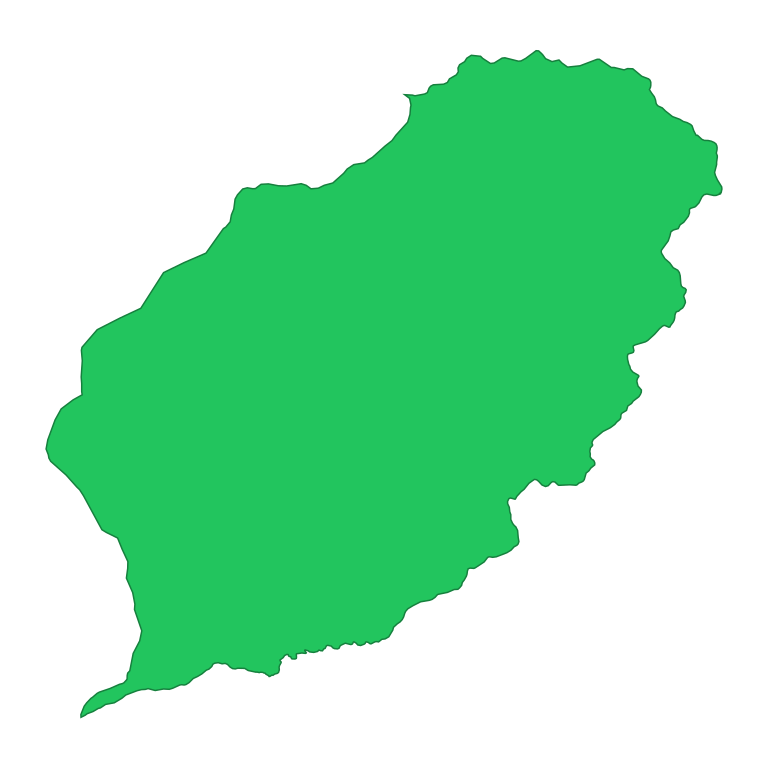 Batrana, Hunedoara, Romania
{"feature_id": "2599482B72212253659890", "entity_name": "Batrana", "entity_type": "district", "adm_level": 2, "iso_a3": "ROU", "parent_name": "Romania", "parent_adm1": "Hunedoara", "projection": "mercator", "projection_center": [22.608, 45.81], "detail": "fine", "context": "isolated", "style": "filled", "palette": "green", "viewbox_px": 768, "rotation_deg": 0, "n_neighbors": 0, "source": "geoboundaries", "source_scale": "gbopen_adm2", "svg_char_len": 6044}
<svg xmlns="http://www.w3.org/2000/svg" viewBox="0 0 768 768"><path d="M648.6,78.9L641.8,76.3L632.8,68.8L627.5,68.6L624.1,69.9L614.2,67.5L611.3,67.5L599.4,59.3L597.1,59.3L580.0,65.8L567.6,67.1L562.0,63.1L559.0,60.0L552.0,61.6L545.6,58.7L542.5,54.5L538.7,50.9L536.1,50.7L525.7,58.4L521.1,60.9L518.5,61.2L504.9,57.8L502.1,58.1L494.2,63.0L490.5,63.5L482.7,58.4L480.6,56.3L471.3,55.3L466.8,58.2L464.6,61.7L459.6,64.7L458.0,68.0L458.3,71.9L456.3,74.9L449.5,78.8L447.4,82.5L443.6,84.2L433.3,84.8L430.6,86.2L429.1,88.1L427.4,92.6L424.7,94.0L415.0,95.8L412.4,95.1L404.7,94.7L409.6,98.4L411.0,105.1L410.5,107.7L410.0,114.4L407.7,122.2L396.0,135.1L392.0,140.6L384.9,146.2L372.3,157.5L368.2,160.0L364.5,162.9L353.8,164.6L347.3,168.9L343.7,173.3L332.8,183.0L324.2,185.3L318.3,188.2L311.0,188.8L306.2,185.3L301.2,183.7L286.7,186.0L278.5,185.8L268.5,183.9L261.1,184.3L255.4,188.6L252.6,188.7L247.3,187.8L242.7,189.0L237.5,194.8L235.1,199.1L233.8,209.0L231.4,214.9L230.2,221.8L225.8,227.1L223.4,228.6L206.0,253.1L184.1,262.6L163.6,272.6L140.8,308.3L120.3,317.9L97.2,329.7L82.0,347.3L81.4,350.3L82.3,360.8L81.2,377.0L81.7,383.7L81.7,391.6L82.2,394.8L73.2,399.8L61.2,408.9L55.1,419.9L47.8,439.8L46.1,449.0L48.3,454.7L48.9,458.1L50.7,461.3L66.1,475.0L76.8,487.0L79.7,489.8L83.6,495.9L101.9,529.7L106.3,532.4L117.6,538.0L122.2,549.3L127.9,561.6L127.7,568.4L126.4,578.1L132.7,592.6L134.9,604.2L134.5,609.5L141.8,630.8L139.7,640.9L133.2,653.4L129.8,670.8L127.7,673.1L127.2,675.4L127.1,679.0L126.3,680.2L123.8,682.9L122.3,683.6L119.5,684.3L110.0,688.5L99.4,692.1L97.2,693.3L92.4,697.4L91.0,698.3L86.8,702.7L84.2,706.2L80.9,714.5L81.0,717.3L85.2,715.2L87.2,713.7L93.1,711.5L98.3,708.4L100.4,707.9L105.6,704.4L114.3,702.8L122.1,698.1L125.8,695.0L137.1,690.7L141.5,689.6L145.3,689.4L148.1,688.6L155.2,690.5L163.5,689.0L169.3,689.3L172.8,688.2L179.8,685.0L181.6,684.7L184.1,685.0L185.9,684.6L189.1,682.6L193.2,678.5L197.7,676.4L202.0,673.8L206.4,670.1L209.0,669.1L211.8,666.5L212.9,664.2L214.7,663.2L218.2,662.7L222.1,663.8L225.2,663.4L227.5,664.4L230.1,667.1L232.6,668.6L235.3,668.9L237.8,668.2L244.7,668.4L248.2,670.5L255.6,672.1L257.3,672.1L259.2,672.6L260.6,672.2L262.9,672.4L263.9,673.0L265.2,673.2L265.8,674.1L268.6,675.7L269.1,676.5L269.9,676.4L271.9,675.1L273.0,675.3L274.6,674.1L277.2,673.4L278.5,672.5L279.3,669.9L279.1,667.1L279.6,665.4L281.1,662.7L281.1,661.9L280.1,660.8L280.0,660.0L283.2,657.6L284.6,655.5L286.9,654.4L288.2,654.6L288.5,655.8L289.1,656.4L290.7,656.8L291.5,658.5L292.0,658.9L295.1,659.0L296.3,658.4L296.5,657.2L296.3,654.4L296.5,653.8L301.9,653.0L305.4,653.4L306.0,653.2L306.3,652.8L304.7,650.6L304.8,650.1L305.2,649.9L308.2,650.8L309.6,651.9L313.7,652.4L317.5,651.5L319.0,650.1L320.7,650.7L322.5,650.8L323.7,649.0L325.1,648.4L326.4,645.8L327.7,645.3L331.3,646.1L332.8,647.8L334.4,648.6L337.5,648.9L339.0,648.3L340.1,645.9L341.2,645.1L345.3,643.2L350.5,644.5L351.6,644.4L352.5,643.9L353.4,642.0L354.1,641.9L356.1,643.1L357.8,645.0L360.6,645.5L364.1,644.2L365.1,643.5L365.6,642.3L366.2,641.9L368.0,642.3L370.2,643.8L371.2,643.8L375.0,641.8L376.6,641.6L378.6,641.9L381.9,639.3L385.1,638.9L388.8,636.8L392.8,630.1L393.5,627.3L397.3,623.8L400.1,621.9L402.2,619.6L403.6,617.0L404.7,613.4L405.6,611.4L407.8,608.8L412.9,605.7L420.6,601.8L429.5,600.3L432.1,599.4L435.0,597.4L437.4,594.7L438.2,594.3L447.5,592.4L454.2,589.5L457.9,589.3L459.6,587.8L461.6,585.4L462.3,582.5L464.3,579.9L466.4,576.1L467.0,574.2L467.4,571.1L468.2,568.7L470.2,568.1L473.8,568.4L475.1,567.9L484.2,561.9L487.5,557.6L488.6,556.9L489.7,556.8L492.6,557.3L496.3,556.8L506.9,552.7L511.1,550.1L514.1,546.8L516.9,545.3L518.1,544.0L518.9,541.6L518.2,537.5L517.6,530.5L515.7,526.7L514.4,525.7L512.6,523.4L510.8,519.5L510.8,514.6L509.8,511.9L509.3,507.3L507.7,503.9L507.6,502.6L507.6,501.3L508.9,498.6L510.4,498.0L515.0,499.2L515.4,499.0L516.8,496.4L521.0,491.8L524.1,489.3L528.9,483.3L534.3,479.4L536.5,479.7L538.5,481.2L542.0,485.0L545.5,486.5L548.2,485.7L551.2,482.5L552.7,481.6L554.9,482.0L558.1,485.0L558.9,485.3L569.9,484.8L576.0,485.2L577.2,484.7L578.7,483.2L581.9,481.9L583.4,480.9L584.3,479.5L586.1,473.1L588.9,470.8L590.7,468.2L594.7,464.9L594.8,463.0L594.1,461.1L593.3,460.1L591.5,459.0L590.1,456.7L590.3,454.0L589.8,451.4L590.4,447.9L592.5,445.6L592.6,444.6L592.0,443.3L592.1,442.0L593.3,439.5L602.9,431.5L610.5,427.6L614.9,424.3L616.6,422.2L619.8,419.5L620.7,418.0L621.0,414.5L622.0,413.1L626.5,410.4L627.8,406.0L631.6,403.4L633.2,401.1L638.9,396.7L640.4,394.4L641.3,392.2L641.4,390.0L638.0,386.0L636.9,381.7L637.0,380.0L637.6,378.3L638.8,376.5L638.8,375.9L638.4,375.3L632.9,372.1L630.5,369.2L629.8,366.2L628.8,364.4L627.6,359.4L627.4,356.6L627.7,354.7L628.4,353.9L632.1,352.9L633.4,352.2L633.9,350.6L633.1,346.9L633.4,345.8L635.4,344.8L645.5,341.8L647.7,340.5L654.7,334.1L659.4,328.8L662.4,326.2L663.9,325.5L664.9,325.5L668.8,327.2L669.9,327.0L670.4,325.8L673.3,321.9L674.2,320.0L674.7,317.9L675.0,314.8L675.9,312.4L676.6,311.7L678.7,311.1L680.2,309.6L682.6,308.0L684.0,305.9L685.4,302.5L685.2,300.7L683.7,296.4L684.1,294.9L685.7,292.4L686.2,289.8L685.1,288.4L682.9,287.5L681.4,286.1L680.8,283.7L680.2,275.8L679.3,272.5L677.7,270.2L673.2,267.7L669.7,262.9L664.8,258.6L661.6,253.3L661.2,251.7L661.5,250.1L668.2,240.9L669.9,235.9L670.8,232.1L671.2,231.6L673.4,230.0L678.2,228.6L680.1,224.8L683.8,222.2L688.3,216.3L689.5,212.8L689.4,210.0L689.7,209.0L690.9,208.2L695.0,206.9L696.0,206.1L698.9,203.0L701.9,197.0L703.9,194.8L706.8,194.0L713.9,195.5L716.2,195.4L720.5,193.8L720.7,193.3L720.1,193.1L721.2,192.4L721.9,189.1L721.7,186.9L717.4,179.9L715.4,175.5L714.6,172.4L716.6,164.6L716.6,162.1L717.3,157.2L717.3,155.8L716.3,153.1L717.0,149.8L717.1,147.5L716.8,145.8L715.9,143.8L714.0,142.4L711.3,141.2L708.1,140.5L704.3,140.4L701.8,139.3L697.5,135.3L696.1,135.3L693.8,130.9L692.1,125.9L690.7,124.5L687.1,122.6L683.3,121.5L679.8,119.3L672.5,116.6L665.3,110.9L662.3,107.9L658.1,106.0L656.7,104.5L656.1,103.3L655.5,99.9L654.3,96.7L651.6,93.1L649.4,89.6L650.5,87.2L650.8,85.3L650.8,82.2L650.4,81.2L650.0,80.2L648.6,78.9Z" fill="#22c55e" stroke="#15803d" stroke-width="1.5"/></svg>